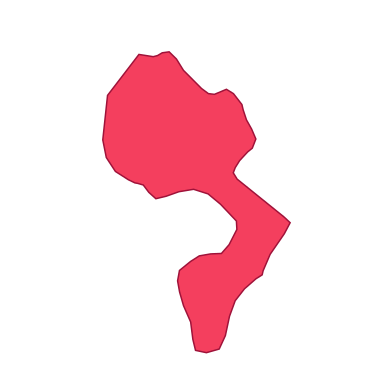 SVG path tracing the border of Kourwéogo, rotated 323°
{"feature_id": "BFA-2813", "entity_name": "Kourwéogo", "entity_type": "Province", "adm_level": 1, "iso_a3": "BFA", "parent_name": "Burkina Faso", "parent_adm1": "", "projection": "natural_earth1", "projection_center": [-1.818, 12.584], "detail": "fine", "context": "isolated", "style": "filled", "palette": "rose", "viewbox_px": 384, "rotation_deg": 323, "n_neighbors": 0, "source": "natural_earth", "source_scale": "10m", "svg_char_len": 953}
<svg xmlns="http://www.w3.org/2000/svg" viewBox="0 0 384 384"><g transform="rotate(323 192 192)"><path d="M178.5,258.8L189.9,256.4L205.3,248.9L210.0,241.9L207.4,218.9L203.7,203.2L194.9,190.8L181.7,183.9L168.7,179.8L159.1,175.6L157.3,166.3L157.3,157.1L153.8,152.4L151.9,150.4L148.6,144.0L143.2,129.5L144.3,112.9L152.1,96.7L182.7,64.0L232.4,50.2L242.5,60.6L246.6,62.3L252.0,62.9L258.1,66.3L259.6,76.4L258.4,89.7L261.9,115.1L264.3,123.3L268.7,127.5L281.3,130.7L284.3,138.4L284.5,152.2L282.3,157.2L278.9,167.2L277.5,177.6L274.9,188.1L266.5,193.3L260.5,193.5L248.9,195.6L241.3,198.5L236.5,201.5L235.8,208.9L250.5,267.5L251.9,275.6L240.6,280.9L216.9,288.8L201.4,297.7L198.2,300.4L190.9,299.8L175.7,300.9L161.1,304.8L147.2,313.8L132.2,326.8L119.2,333.8L106.8,329.0L99.5,320.6L104.0,310.2L112.7,295.0L116.8,277.7L121.9,264.4L127.0,254.3L134.8,247.1L149.1,246.6L159.4,247.4L169.7,252.7L178.5,258.8Z" fill="#f43f5e" stroke="#9f1239" stroke-width="1.5"/></g></svg>